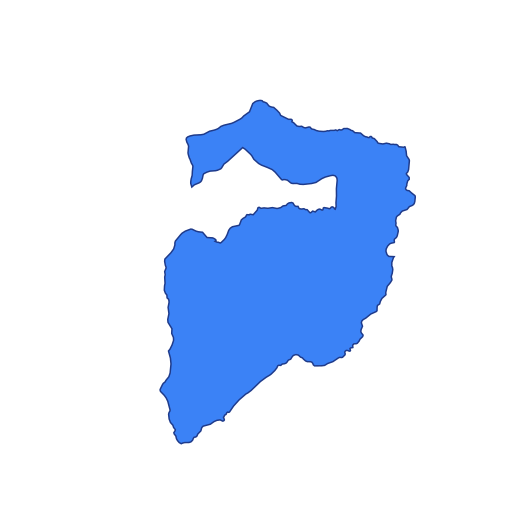 Colon, Nariño, Colombia (Albers equal-area conic projection), rotated 137°
{"feature_id": "7082276B55719342922597", "entity_name": "Colon", "entity_type": "district", "adm_level": 2, "iso_a3": "COL", "parent_name": "Colombia", "parent_adm1": "Nariño", "projection": "albers", "projection_center": [-77.053, 1.629], "detail": "fine", "context": "isolated", "style": "filled", "palette": "blue", "viewbox_px": 512, "rotation_deg": 137, "n_neighbors": 0, "source": "geoboundaries", "source_scale": "gbopen_adm2", "svg_char_len": 6123}
<svg xmlns="http://www.w3.org/2000/svg" viewBox="0 0 512 512"><g transform="rotate(137 256 256)"><path d="M346.4,293.5L347.6,290.6L347.8,288.2L349.6,286.0L349.4,284.3L350.1,282.7L351.3,281.3L355.3,278.4L359.0,273.2L363.8,269.8L365.6,267.5L367.1,260.1L370.5,256.8L371.9,252.8L373.1,251.3L374.0,250.4L378.0,248.2L382.5,246.5L384.8,246.2L388.2,239.7L391.8,235.0L398.6,229.0L402.1,227.1L406.5,226.5L408.5,225.9L410.6,226.1L411.9,225.8L416.4,224.1L417.5,223.5L418.2,222.1L418.1,216.6L418.5,213.4L419.6,209.9L423.8,202.1L424.5,201.4L426.4,200.8L427.8,199.9L430.7,196.0L432.1,192.6L432.2,188.9L433.2,186.8L433.4,184.1L434.3,183.4L436.6,182.8L437.2,181.6L437.4,179.0L438.8,176.6L439.3,174.5L439.4,171.9L438.7,169.7L437.2,169.2L435.4,168.2L432.2,165.3L430.5,164.5L429.7,164.4L427.7,164.6L426.4,165.3L425.3,165.6L424.8,165.6L423.5,164.7L422.0,164.6L420.0,165.5L415.6,165.7L412.7,167.5L410.7,167.6L404.1,164.1L399.6,163.5L396.7,162.5L394.0,160.6L393.0,158.0L392.1,157.5L391.1,157.6L390.7,158.0L389.7,160.3L388.8,160.4L387.5,161.0L386.0,160.6L384.3,161.3L383.4,161.3L382.5,160.2L381.7,160.0L374.6,161.6L366.4,162.3L357.6,162.0L355.2,161.4L351.3,161.0L338.4,161.2L331.3,160.4L327.2,159.5L325.4,159.3L320.4,159.4L316.9,160.0L315.2,160.8L314.6,160.8L313.8,160.5L312.5,159.1L310.5,159.1L309.0,158.0L307.3,157.2L305.9,157.2L303.3,157.8L301.1,156.9L298.4,157.6L296.5,157.8L294.4,156.9L293.4,155.9L292.6,154.5L292.4,151.7L291.5,149.8L291.6,148.3L291.3,145.4L290.5,143.7L288.3,141.6L287.6,140.3L287.7,138.8L288.3,137.3L288.1,135.7L282.8,130.9L280.4,129.2L276.9,128.5L271.8,126.3L264.9,125.2L263.8,124.7L262.8,123.5L261.8,122.9L258.4,123.0L257.5,123.6L256.8,125.0L256.0,125.5L254.9,125.5L254.4,125.4L253.4,124.4L252.7,122.8L251.9,122.3L251.2,122.6L250.6,124.1L250.2,124.3L249.3,124.1L247.6,123.0L247.4,123.1L246.6,124.4L245.5,125.0L244.2,124.9L242.5,123.5L241.4,123.1L238.4,123.5L236.9,124.2L233.0,124.3L231.9,124.9L231.6,125.3L231.4,128.0L230.8,129.3L229.3,130.5L226.0,132.0L224.5,135.3L222.9,136.3L221.0,136.4L218.1,135.7L211.7,135.3L206.1,133.4L204.9,133.4L202.2,136.1L200.9,137.0L198.3,136.6L196.0,138.0L192.8,139.1L187.7,139.0L187.0,139.4L186.6,140.2L185.6,141.1L180.7,144.3L176.0,144.9L173.1,145.7L172.4,146.4L171.6,148.0L170.9,148.9L168.2,150.4L165.3,152.7L164.1,154.4L163.4,156.2L161.0,158.7L156.7,161.0L155.4,161.3L159.1,165.1L159.3,166.9L159.1,168.0L157.7,170.9L155.9,172.4L152.9,173.5L150.0,173.7L148.3,173.1L145.8,171.6L145.2,171.8L144.3,173.2L143.3,173.9L140.7,173.8L139.0,174.4L135.3,176.9L134.4,177.9L133.1,180.4L133.1,182.5L132.7,183.3L131.2,184.5L129.9,186.5L126.8,188.7L125.2,188.9L122.3,188.4L120.7,189.0L118.4,189.1L113.8,187.0L110.1,187.5L107.5,186.5L105.7,186.2L104.2,186.6L102.6,187.6L99.4,190.4L98.7,191.3L98.6,191.9L99.3,196.6L99.5,199.3L100.7,200.8L101.0,202.0L100.8,203.1L100.0,203.8L97.7,204.7L96.6,205.8L93.8,207.5L91.6,207.6L90.4,209.0L90.3,212.8L90.0,213.6L89.7,213.8L87.6,214.0L85.4,215.2L78.8,221.1L78.2,222.2L77.5,226.6L74.7,230.3L72.6,234.1L72.7,234.4L73.8,234.8L77.0,238.5L76.8,240.5L77.2,241.7L78.7,243.1L79.3,244.0L81.4,245.7L81.9,247.1L83.7,249.6L86.8,251.4L89.4,254.7L89.8,255.9L89.4,256.9L89.4,260.7L89.5,261.4L90.5,263.0L90.2,263.9L90.3,264.9L91.0,265.5L92.6,265.5L93.4,266.5L93.6,267.3L94.6,268.6L95.3,270.6L95.7,274.6L99.6,278.8L99.9,281.7L100.9,283.3L101.0,284.3L102.2,286.9L104.8,289.3L107.3,289.7L108.3,290.6L108.9,291.7L111.1,292.2L111.7,293.8L113.1,294.5L115.9,297.1L117.4,297.8L118.4,298.9L120.0,299.7L121.8,301.1L124.8,304.3L126.4,306.8L127.1,308.7L128.5,310.7L128.7,311.9L128.5,313.1L129.2,314.2L132.5,316.0L133.4,317.3L134.1,319.7L136.1,321.3L137.4,323.1L137.6,328.0L138.2,329.5L138.0,329.9L137.1,330.3L136.8,331.2L137.1,332.1L139.0,333.8L142.1,342.0L141.3,344.4L141.3,348.2L141.7,352.6L142.9,354.1L143.9,356.0L144.2,357.1L143.9,360.5L144.9,362.9L145.6,363.8L145.6,365.4L146.5,366.6L147.5,367.5L149.7,368.8L151.3,369.4L154.4,369.7L162.4,365.9L169.5,366.8L172.1,366.6L174.2,366.9L181.1,368.8L183.5,369.7L190.2,373.5L193.2,374.7L196.7,375.0L198.3,375.5L200.6,376.5L204.8,378.9L211.1,380.6L213.7,382.3L218.9,386.7L222.4,388.8L224.8,389.7L226.4,389.7L227.6,388.9L228.9,386.5L229.7,383.7L230.5,382.2L235.4,377.8L236.3,376.4L237.9,373.2L238.3,371.7L239.9,368.1L240.5,365.5L241.1,364.5L244.7,361.4L247.7,358.5L251.0,356.5L253.2,354.7L254.3,353.5L255.9,350.2L252.5,350.1L247.7,348.3L246.0,348.0L244.6,348.2L242.3,349.3L239.5,351.3L238.1,351.8L234.7,350.8L231.7,349.4L227.3,345.9L225.7,345.0L222.4,343.8L221.0,343.9L216.8,345.1L212.1,344.6L191.8,344.4L191.1,341.5L190.6,334.1L190.7,332.2L191.6,328.2L191.0,321.9L190.0,318.7L187.2,312.9L185.2,308.1L184.8,304.2L185.2,294.4L184.8,293.6L183.6,293.0L182.6,292.0L181.3,290.0L180.7,285.7L180.3,284.8L179.5,283.8L176.5,281.1L174.9,278.5L172.6,276.1L165.9,271.1L162.0,268.9L155.1,267.7L151.5,266.5L146.6,263.9L144.7,262.6L143.5,260.8L143.4,259.7L143.7,257.8L145.1,255.9L151.3,250.4L156.2,245.0L161.1,240.5L163.7,237.5L166.2,236.2L166.4,236.8L166.1,238.0L166.4,239.6L167.5,240.4L169.3,240.2L170.1,240.6L171.2,242.4L173.2,245.0L174.0,245.2L175.5,244.2L175.9,244.3L176.4,244.5L177.3,246.8L178.6,247.6L180.3,247.9L182.6,247.8L183.9,250.2L186.5,250.3L187.1,251.1L187.0,255.0L188.2,256.2L188.7,257.9L190.7,259.3L191.9,260.9L192.0,261.7L191.4,263.6L192.9,265.0L193.3,265.8L193.3,267.7L192.8,269.3L193.4,270.8L195.6,272.3L197.4,272.7L199.4,272.4L202.1,274.2L204.8,274.5L207.5,275.9L208.3,276.5L211.0,280.2L214.8,282.8L217.3,285.7L219.9,287.5L220.4,289.3L221.0,289.8L221.8,289.9L223.8,288.7L229.9,288.1L231.8,290.6L232.8,290.7L234.4,292.4L235.0,292.4L237.0,291.7L239.7,292.3L242.1,292.4L246.5,290.2L247.5,290.0L253.3,293.5L255.9,293.9L258.4,293.4L262.3,291.4L265.7,290.1L267.9,289.7L272.3,289.6L273.3,289.9L274.2,291.8L275.0,292.5L275.9,294.7L274.8,294.5L274.4,295.0L274.4,296.0L274.9,297.9L275.5,299.0L279.2,302.9L278.9,309.8L281.6,313.0L282.9,315.1L284.5,319.2L285.4,320.2L290.7,322.4L294.5,323.1L296.5,323.0L304.8,321.9L306.4,320.9L307.8,319.4L311.4,317.3L315.9,316.4L324.7,315.9L326.4,314.5L328.6,311.1L329.5,309.0L330.2,308.4L333.4,306.9L335.2,304.2L337.1,302.9L341.2,298.0L343.3,296.5L346.4,293.5Z" fill="#3b82f6" stroke="#1e3a8a" stroke-width="1.5"/></g></svg>